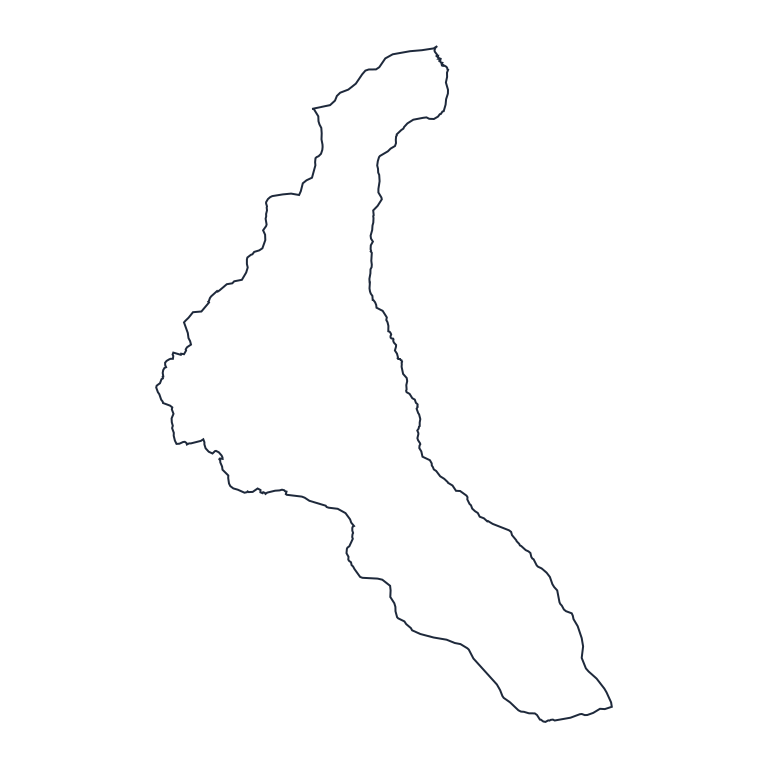 the district of Marga, Caras-Severin, Romania
{"feature_id": "2599482B48275868518919", "entity_name": "Marga", "entity_type": "district", "adm_level": 2, "iso_a3": "ROU", "parent_name": "Romania", "parent_adm1": "Caras-Severin", "projection": "orthographic", "projection_center": [22.506, 45.504], "detail": "fine", "context": "isolated", "style": "outline", "palette": "slate", "viewbox_px": 768, "rotation_deg": 0, "n_neighbors": 0, "source": "geoboundaries", "source_scale": "gbopen_adm2", "svg_char_len": 6079}
<svg xmlns="http://www.w3.org/2000/svg" viewBox="0 0 768 768"><path d="M611.8,706.8L611.1,702.4L606.6,692.5L604.4,688.7L596.6,678.6L588.6,671.5L585.9,668.4L581.7,657.9L583.1,646.4L581.7,638.1L577.7,626.2L573.5,619.1L572.8,615.7L571.7,613.3L566.0,611.2L563.9,609.5L561.8,605.6L560.3,604.0L559.5,602.3L557.2,590.4L554.2,587.1L552.4,584.2L549.9,577.0L546.6,572.7L541.6,568.4L538.0,566.7L536.7,565.4L533.6,559.3L532.3,558.5L531.3,556.9L530.4,553.0L528.5,551.4L525.7,550.1L521.2,546.0L519.9,545.4L519.2,543.9L516.6,541.2L516.3,540.3L512.0,535.1L511.1,531.9L509.0,530.3L492.7,523.9L487.9,521.0L487.3,521.4L483.9,518.3L479.7,516.7L477.8,513.0L475.0,511.2L472.2,508.6L471.0,505.3L469.5,503.9L467.3,499.4L467.5,497.2L466.5,495.6L460.1,491.0L456.0,490.8L452.5,485.5L448.0,482.8L447.7,482.1L444.2,478.8L440.2,476.3L436.2,471.0L433.8,469.4L432.9,467.1L431.8,465.5L431.7,463.4L429.9,460.2L422.5,456.7L421.3,451.4L419.3,448.1L419.5,445.7L420.3,444.2L420.0,443.2L418.1,440.3L417.4,438.2L418.4,434.0L418.3,432.9L417.3,430.5L418.6,428.7L419.0,426.7L419.7,426.1L419.7,422.5L420.3,419.1L419.1,414.4L418.2,413.1L416.6,408.7L417.7,406.9L417.3,406.2L417.7,404.9L417.4,404.1L415.9,402.8L414.8,399.6L412.3,398.2L409.6,393.9L406.6,392.2L406.1,390.8L406.6,389.4L406.3,385.1L407.2,381.1L406.7,378.0L403.1,373.9L401.6,366.8L401.8,364.0L401.6,362.9L402.1,361.8L401.5,360.3L400.7,360.2L400.1,359.0L398.2,359.0L397.6,358.2L398.0,357.5L397.0,353.7L394.9,350.5L396.0,346.7L396.1,345.0L393.9,342.6L393.2,340.8L393.5,339.5L393.2,338.7L391.4,338.4L390.6,337.6L390.5,336.1L391.2,334.6L390.8,333.4L389.7,331.8L388.3,331.3L388.4,325.9L387.5,322.2L386.3,320.0L386.8,317.4L382.7,310.9L376.5,307.7L376.2,305.0L375.1,302.3L373.4,300.1L372.7,300.0L372.4,295.9L370.8,293.7L370.0,291.5L369.5,288.4L369.9,282.4L369.6,282.4L369.4,278.9L370.4,273.4L370.5,269.3L371.6,267.2L371.8,264.7L371.3,260.8L371.8,252.8L370.7,251.4L371.1,250.9L370.6,249.2L370.8,245.3L372.9,241.6L371.0,238.6L370.6,235.7L372.2,230.0L372.5,225.5L373.3,222.6L373.5,218.1L373.2,216.1L373.7,215.3L373.2,210.4L377.6,205.9L381.8,199.3L381.4,197.5L378.4,192.5L378.4,189.0L379.6,181.2L379.2,174.9L378.2,172.6L378.0,168.7L377.2,165.5L377.8,161.2L379.0,157.2L379.9,156.0L387.9,151.3L390.6,148.6L395.0,146.0L396.0,143.1L395.8,139.9L396.1,136.4L396.8,135.5L396.7,134.4L401.2,130.1L403.4,128.6L404.1,127.0L407.4,123.4L413.3,119.7L423.2,117.8L426.5,117.4L429.2,118.8L433.9,119.0L438.0,116.6L439.8,114.2L440.8,114.0L442.5,111.5L443.7,111.2L445.6,104.6L446.1,99.2L447.9,93.6L448.0,89.8L445.9,82.5L447.1,76.9L447.0,72.6L448.1,69.8L447.5,69.5L447.2,68.0L446.4,66.8L444.9,65.9L443.3,65.9L443.5,65.1L442.4,64.4L441.8,64.9L441.6,64.0L442.3,62.8L440.7,62.4L440.0,60.8L439.4,60.9L439.4,59.7L440.4,60.0L440.6,58.9L439.1,58.8L439.7,58.4L438.0,57.6L438.1,56.5L437.5,56.9L436.5,56.0L437.4,55.1L434.9,51.8L434.5,50.7L435.1,48.1L437.2,46.1L433.7,48.4L421.9,50.2L410.1,51.2L392.7,54.3L385.3,58.4L379.3,67.2L376.0,69.4L368.7,69.5L365.4,70.6L362.2,74.3L355.8,83.7L348.3,89.6L340.2,92.7L336.9,95.9L335.0,100.6L330.1,105.1L312.1,108.9L313.8,109.0L318.3,116.3L318.5,121.3L319.5,124.5L321.3,127.9L321.7,133.3L321.5,139.4L322.5,144.6L322.6,147.0L322.3,149.9L321.0,153.8L318.6,156.2L316.6,157.1L315.5,158.2L315.1,162.2L315.4,165.3L312.0,177.7L306.5,180.3L302.8,183.3L300.8,191.2L299.1,195.0L291.1,193.6L282.8,194.4L272.3,196.1L270.2,197.1L267.9,199.1L266.1,202.2L266.1,203.5L267.0,206.4L266.7,207.5L267.0,210.4L266.1,214.0L266.2,216.3L265.6,218.7L266.6,224.5L266.1,226.1L263.1,230.3L265.1,234.7L265.3,240.1L262.4,248.3L259.2,250.4L254.2,251.9L252.4,254.3L250.9,254.8L247.4,257.5L246.9,259.4L246.9,264.0L247.7,267.4L247.5,268.2L246.2,272.5L241.9,279.8L234.2,281.3L232.3,283.3L226.8,284.2L219.5,290.4L217.7,291.6L217.1,291.0L211.1,296.4L209.9,298.1L208.8,301.3L208.3,301.7L209.0,302.5L201.4,311.5L193.0,312.2L188.5,317.8L185.5,320.7L184.0,322.4L187.8,333.0L188.5,338.1L190.1,341.1L191.0,344.6L187.1,347.2L186.4,348.2L185.7,349.4L186.1,350.5L184.0,354.2L181.1,353.7L180.8,354.8L173.3,352.6L172.6,354.6L173.3,356.0L172.9,358.8L170.5,358.8L169.1,359.4L166.6,360.9L165.1,362.7L165.2,365.2L166.1,367.2L164.4,368.0L163.2,370.1L162.7,372.9L163.3,376.5L162.7,376.7L162.9,378.4L161.5,379.2L160.0,383.2L156.7,385.6L156.2,387.5L157.9,392.2L159.3,394.2L161.2,399.7L162.7,401.6L163.0,403.0L170.0,405.6L172.3,407.4L171.8,409.3L173.5,413.8L171.6,418.4L171.8,422.3L172.8,425.8L172.1,428.1L173.8,432.8L173.7,435.7L174.9,440.6L176.5,443.9L179.4,443.7L183.1,442.0L184.8,441.8L186.5,443.0L186.9,444.5L189.1,443.4L190.9,443.4L200.8,440.9L203.3,439.3L204.4,442.2L204.4,444.4L205.6,448.3L208.7,451.7L212.5,453.5L215.0,451.1L216.0,450.9L218.8,452.3L221.6,455.5L222.5,457.5L222.6,458.9L219.9,458.5L219.3,459.2L220.2,460.5L220.3,462.4L222.1,466.6L222.5,469.7L228.3,475.5L228.2,478.0L229.0,483.5L230.3,486.1L233.3,488.4L237.8,489.7L244.5,492.7L246.9,492.2L247.6,491.4L248.6,492.1L252.7,491.9L257.6,488.5L260.5,490.0L260.4,492.3L262.6,493.2L263.2,492.2L264.9,492.9L265.5,493.9L267.2,492.6L275.1,490.7L279.6,490.4L282.0,489.7L284.3,490.3L285.0,491.2L286.5,491.6L285.8,494.1L286.8,494.8L301.8,496.6L304.7,497.7L309.4,500.8L325.7,505.7L326.6,507.0L328.7,507.7L337.7,508.8L345.5,513.1L350.1,519.4L351.2,522.6L354.0,526.0L352.8,526.6L352.3,527.9L352.3,530.6L353.1,533.0L352.5,534.3L352.2,537.0L352.8,538.8L349.3,546.3L347.5,547.6L346.9,548.8L346.5,553.2L348.5,556.8L348.3,559.6L349.1,560.9L351.0,562.3L351.6,565.1L353.1,566.5L354.5,569.1L360.1,576.9L362.4,577.8L377.6,578.6L382.3,579.7L390.1,585.8L390.6,590.4L390.3,597.0L394.3,603.2L395.4,606.9L395.5,611.3L397.1,617.2L398.1,618.3L404.4,621.4L406.2,624.1L410.9,628.1L412.1,630.3L420.3,634.0L433.6,637.5L446.6,639.7L454.8,643.0L460.5,644.1L467.4,648.3L468.8,649.6L473.4,658.5L496.9,684.5L500.1,690.1L502.4,696.0L503.7,697.9L510.0,702.3L518.4,710.3L521.0,711.6L523.9,711.8L528.9,713.3L534.8,713.4L537.0,715.0L539.9,719.6L540.9,719.7L543.3,721.5L545.5,721.9L548.2,720.4L549.5,720.6L550.6,719.9L552.9,719.6L554.7,720.5L570.5,717.7L579.9,714.2L581.8,714.0L584.8,715.1L587.3,715.0L593.2,712.9L600.0,708.8L604.8,709.1L611.8,706.8Z" fill="none" stroke="#1e293b" stroke-width="2"/></svg>